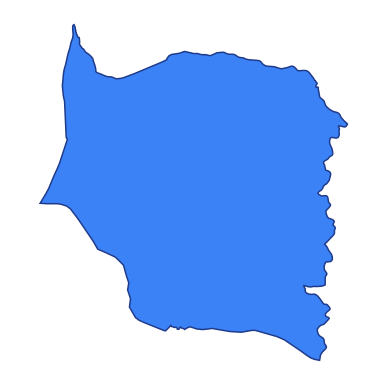 Sukhuma, Champasak, Laos (Albers equal-area conic projection), rotated 186°
{"feature_id": "54806243B81764189920693", "entity_name": "Sukhuma", "entity_type": "district", "adm_level": 2, "iso_a3": "LAO", "parent_name": "Laos", "parent_adm1": "Champasak", "projection": "albers", "projection_center": [105.623, 14.635], "detail": "fine", "context": "isolated", "style": "filled", "palette": "blue", "viewbox_px": 384, "rotation_deg": 186, "n_neighbors": 0, "source": "geoboundaries", "source_scale": "gbopen_adm2", "svg_char_len": 5445}
<svg xmlns="http://www.w3.org/2000/svg" viewBox="0 0 384 384"><g transform="rotate(186 192 192)"><path d="M47.5,37.9L47.3,40.9L47.1,43.6L45.8,46.2L42.7,50.1L42.1,51.4L42.2,52.2L42.7,53.3L44.2,54.8L44.7,56.1L45.3,59.1L46.2,60.2L47.6,61.0L49.6,62.0L50.6,62.7L51.7,64.2L52.7,66.4L53.1,68.5L51.4,71.5L49.8,73.0L47.3,74.1L46.6,74.7L45.1,76.6L42.5,80.2L42.3,80.7L43.3,81.6L44.8,81.9L45.8,82.4L46.4,83.3L46.6,84.8L45.7,86.2L42.6,89.5L42.5,90.0L42.7,90.9L43.7,92.2L45.7,94.0L46.3,94.3L48.4,94.2L49.6,94.7L50.5,95.7L53.9,99.5L55.7,101.3L57.2,102.4L59.2,103.2L60.4,103.1L62.8,102.6L65.4,102.8L67.4,103.4L68.5,104.3L69.1,105.4L69.2,107.4L71.0,110.0L70.9,110.6L68.2,110.3L66.3,109.9L63.9,110.0L60.7,110.9L58.3,111.0L53.5,111.8L50.4,113.1L49.9,113.5L50.2,117.5L50.5,120.0L50.5,121.9L49.4,124.0L49.4,124.8L49.6,125.4L52.2,128.5L52.8,131.4L52.5,134.1L51.4,136.4L47.3,137.2L46.3,137.9L45.9,138.5L45.5,139.0L45.4,140.2L45.8,142.6L46.9,144.8L48.7,146.8L50.3,148.7L51.6,150.9L52.8,152.4L54.7,154.0L52.9,156.0L49.8,160.1L47.2,163.4L46.3,165.0L46.2,165.1L46.0,166.2L46.3,168.5L45.7,171.0L46.4,172.5L47.2,173.0L48.1,173.6L48.2,174.8L47.7,176.4L47.4,177.6L48.3,178.7L49.6,179.3L51.8,179.9L53.2,180.2L54.2,180.8L55.0,182.0L55.6,183.0L56.6,185.4L56.7,187.2L56.3,188.0L54.7,190.0L53.3,192.1L52.9,193.3L53.1,194.3L53.9,194.7L54.5,195.5L55.3,196.7L55.9,199.2L56.4,200.8L57.1,201.8L58.1,202.3L59.4,202.3L61.8,201.7L62.8,201.5L64.3,202.3L65.8,203.0L66.5,203.6L66.5,204.6L65.4,205.9L63.4,207.6L62.2,209.9L62.0,211.0L61.3,212.4L59.2,214.1L58.3,215.3L57.8,216.1L56.9,217.7L56.7,218.6L56.3,220.9L56.1,222.7L55.9,223.7L56.2,225.1L56.8,226.1L57.7,226.7L58.8,227.2L60.5,227.5L61.3,227.7L62.2,230.2L63.1,232.9L64.0,234.1L64.2,235.0L64.1,235.9L62.9,237.1L60.6,238.7L59.9,239.6L59.2,240.9L58.3,241.9L57.4,242.4L56.3,243.4L56.0,244.5L56.4,247.0L57.2,249.4L58.6,251.9L60.0,254.3L60.5,256.7L60.3,259.1L59.8,260.3L58.8,260.9L57.4,260.9L56.3,260.8L54.5,260.7L53.5,260.9L52.5,261.5L51.9,262.6L51.5,264.5L51.8,266.2L52.2,267.9L52.0,269.5L52.0,270.4L52.7,271.9L53.2,272.3L52.9,273.1L51.9,273.2L48.9,272.8L47.8,272.7L46.7,272.7L45.7,273.3L45.1,274.4L44.5,275.9L48.7,279.1L49.5,279.9L50.8,281.0L51.4,281.7L51.9,282.3L52.4,283.2L53.0,284.2L53.5,284.8L53.8,285.2L54.5,285.6L55.0,285.9L55.6,286.1L56.4,286.3L57.6,286.5L59.0,286.7L60.0,286.9L61.0,287.3L61.9,287.7L63.1,288.2L64.9,289.2L65.9,290.0L66.9,290.8L67.7,291.6L68.2,292.2L68.6,292.9L69.2,294.0L69.5,294.8L69.9,295.7L70.1,296.1L70.3,296.4L70.5,296.6L71.5,297.4L72.6,298.1L73.6,298.7L74.4,299.3L74.8,299.8L75.0,300.1L75.2,300.6L75.5,301.8L75.9,303.2L76.2,304.6L76.6,305.2L76.8,305.5L76.8,305.9L76.7,306.2L76.7,306.4L76.8,306.6L77.1,307.2L77.2,307.6L77.3,307.9L77.3,308.7L77.3,309.0L78.0,309.5L78.5,309.5L78.9,309.3L79.1,309.2L79.4,309.3L79.6,309.3L79.9,309.5L79.9,309.9L79.9,310.9L79.8,311.2L79.7,311.5L79.5,311.8L79.4,312.0L79.1,312.3L78.9,312.5L78.9,313.0L79.1,313.4L79.2,313.7L79.6,314.1L79.8,314.2L80.0,314.3L80.3,314.5L80.6,315.0L80.8,315.3L80.9,315.5L81.0,315.7L81.3,315.8L81.9,316.0L82.1,316.2L82.6,317.4L87.9,323.0L89.9,324.3L91.9,324.7L94.3,324.5L97.3,323.9L98.9,323.7L100.4,324.4L101.8,325.8L103.3,327.0L105.0,327.6L106.5,327.5L109.8,325.9L113.0,324.8L115.9,323.9L118.6,324.2L121.7,324.9L123.3,325.2L127.1,325.1L129.6,325.0L132.3,325.2L135.3,326.8L136.4,328.1L138.1,329.3L139.0,329.6L140.5,329.7L145.0,329.6L149.3,329.5L152.5,329.8L154.6,330.7L158.2,330.8L159.2,330.9L160.1,331.1L161.3,331.7L162.8,332.6L164.6,333.2L166.5,333.2L169.5,332.9L171.0,333.0L172.9,333.6L174.7,334.2L176.0,334.2L181.7,333.1L183.7,331.9L187.8,329.6L188.7,329.5L192.4,330.0L195.5,329.7L196.6,329.7L197.7,329.7L200.9,330.3L202.0,330.2L205.0,329.8L206.9,330.2L210.0,330.5L213.9,331.0L214.9,330.7L218.6,328.8L222.0,327.9L226.8,326.6L229.1,325.1L230.9,322.1L230.9,321.0L235.1,318.3L261.3,303.9L272.9,298.1L275.2,297.5L277.8,296.9L279.6,296.7L282.0,297.5L283.8,298.0L285.2,298.0L287.5,297.8L289.8,298.2L292.3,298.9L295.7,300.0L298.6,300.6L300.3,301.7L300.4,303.6L301.8,307.7L303.4,311.1L304.7,314.4L306.5,316.3L309.5,318.4L312.6,320.1L314.8,322.8L316.0,323.4L316.7,324.0L317.8,325.3L319.2,327.0L319.5,328.0L319.5,328.5L319.3,329.1L319.6,330.3L319.6,330.7L319.8,331.3L319.8,331.7L320.0,332.4L320.1,333.2L320.5,333.6L320.5,333.8L321.3,333.9L322.2,335.0L324.4,339.5L324.6,340.9L325.1,342.2L325.6,344.0L326.8,346.1L327.4,345.7L327.8,345.1L327.9,344.4L327.9,343.6L327.7,341.6L327.2,338.9L326.7,336.2L326.8,332.6L327.9,328.3L328.4,323.8L328.5,322.8L329.5,317.8L330.1,313.8L330.5,310.0L331.0,305.4L331.6,302.5L331.9,300.4L332.0,300.1L332.1,297.5L332.2,294.3L332.0,287.2L332.1,284.6L331.7,282.5L330.0,274.2L328.2,268.7L322.9,233.7L322.5,232.5L321.4,231.7L326.1,209.8L326.7,207.1L328.1,202.2L331.3,192.7L334.9,180.4L335.4,179.2L336.9,175.6L338.5,172.1L341.9,164.9L335.2,165.2L325.5,166.2L321.2,166.2L314.7,164.8L313.5,163.9L311.3,162.7L309.1,160.3L303.0,153.9L284.8,132.3L279.8,125.3L270.8,122.5L261.3,119.2L252.5,112.1L248.6,102.2L245.4,95.0L245.8,87.9L242.0,79.4L242.2,71.0L235.0,61.1L233.0,60.0L231.5,59.0L229.7,58.4L226.8,57.4L205.4,51.3L203.7,51.2L199.1,57.1L198.4,56.1L197.1,56.0L195.6,55.5L193.7,55.7L192.3,55.0L192.2,54.0L191.2,54.0L190.2,54.7L189.8,56.1L189.2,56.5L188.0,55.6L186.0,55.2L184.9,54.5L183.4,55.8L180.9,57.3L179.4,57.7L177.0,57.2L173.2,56.3L167.2,56.3L162.6,57.2L157.9,58.4L139.7,57.2L128.3,57.7L118.1,60.6L114.7,61.0L92.3,57.1L84.6,54.6L67.2,45.3L61.4,41.9L56.5,39.4L52.7,38.4L47.5,37.9Z" fill="#3b82f6" stroke="#1e3a8a" stroke-width="1.5"/></g></svg>